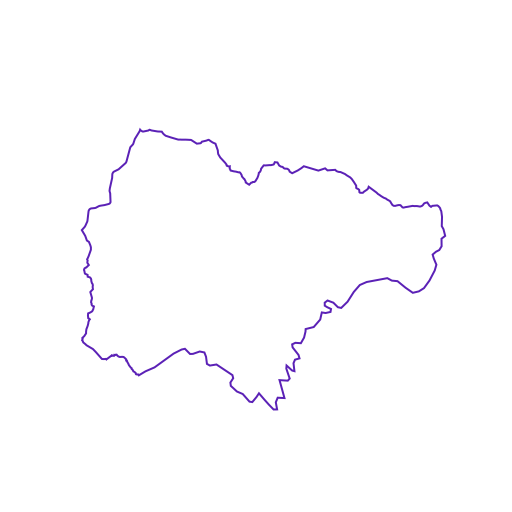 outline of Mataojo, Salto, Uruguay, rotated 254°
{"feature_id": "84410073B62667740173321", "entity_name": "Mataojo", "entity_type": "district", "adm_level": 2, "iso_a3": "URY", "parent_name": "Uruguay", "parent_adm1": "Salto", "projection": "albers", "projection_center": [-56.339, -31.222], "detail": "fine", "context": "isolated", "style": "outline", "palette": "violet", "viewbox_px": 512, "rotation_deg": 254, "n_neighbors": 0, "source": "geoboundaries", "source_scale": "gbopen_adm2", "svg_char_len": 5664}
<svg xmlns="http://www.w3.org/2000/svg" viewBox="0 0 512 512"><g transform="rotate(254 256 256)"><path d="M102.7,234.0L109.9,234.7L113.8,237.8L111.6,244.2L130.2,244.4L127.4,252.2L128.9,254.6L139.4,254.1L142.3,255.2L135.9,259.2L134.7,261.2L142.6,262.5L145.6,264.9L145.6,269.6L149.2,269.6L158.1,266.0L161.1,266.4L161.7,269.9L159.8,275.1L164.3,279.7L169.6,282.7L172.1,283.6L171.8,291.9L177.2,300.2L183.6,303.7L182.0,307.2L181.7,312.2L184.4,313.5L187.2,310.3L189.3,308.4L192.2,309.2L193.5,312.5L189.8,317.5L184.2,320.6L182.6,323.6L186.8,331.4L194.5,340.1L199.5,347.8L200.5,355.2L198.5,376.1L194.9,379.8L192.8,385.1L184.3,391.0L177.4,396.6L177.1,402.8L178.8,408.6L184.6,416.0L192.8,423.8L197.9,427.0L204.6,426.2L208.7,426.2L210.5,430.2L211.2,433.8L214.2,437.1L221.5,439.1L223.2,443.4L230.1,443.6L233.5,442.8L242.3,445.6L247.6,446.4L248.5,446.4L249.8,446.1L251.1,446.2L252.2,445.8L253.8,445.0L254.7,444.1L255.6,439.3L255.0,437.8L256.6,436.6L260.3,435.4L260.4,433.3L260.1,431.9L259.1,430.7L258.5,429.6L258.3,428.4L258.3,427.3L259.5,424.8L259.9,423.6L260.3,422.0L261.0,420.4L261.2,418.4L261.5,415.3L261.8,413.0L261.8,412.2L261.9,411.0L262.4,410.2L263.8,409.5L265.0,408.9L265.4,408.0L265.7,406.8L265.8,405.1L265.8,403.6L266.3,402.2L267.4,401.2L270.3,400.3L271.5,400.1L272.8,399.0L273.9,397.8L275.6,396.5L276.4,395.3L277.7,394.0L279.4,392.5L280.6,391.6L281.9,390.4L283.8,389.3L291.5,383.4L289.9,382.3L289.1,380.8L288.1,377.6L287.3,376.1L288.1,373.5L288.8,373.0L289.8,373.2L291.2,373.4L292.3,372.6L293.0,371.7L293.8,371.1L296.1,371.7L298.0,371.1L300.1,370.5L303.6,369.3L305.6,368.2L308.5,365.5L310.3,364.1L313.4,360.4L314.2,358.4L315.4,356.8L317.0,355.9L318.6,348.3L321.2,346.6L320.9,339.5L329.1,326.7L327.9,323.7L326.7,319.7L325.6,313.6L327.8,311.6L329.3,311.5L330.4,310.9L331.3,310.0L332.1,307.7L332.8,306.9L333.9,306.4L334.5,305.8L334.9,304.8L336.6,303.2L340.0,302.4L341.0,299.9L339.4,298.6L339.1,298.2L339.2,295.6L339.6,294.2L340.5,289.8L341.0,288.6L341.0,288.4L338.5,285.0L337.0,284.2L335.9,283.2L335.1,281.6L334.1,281.2L332.6,280.3L330.6,278.8L328.9,276.9L328.5,276.6L327.6,275.0L328.0,273.3L327.7,272.6L327.8,271.6L326.4,269.1L327.5,268.1L329.5,266.4L330.3,266.6L330.5,266.6L333.3,266.0L333.7,265.5L334.2,265.4L336.1,264.5L336.4,264.4L337.5,264.5L337.8,264.5L339.7,264.0L340.4,263.7L340.9,263.4L341.0,263.3L341.2,262.3L342.6,260.0L343.5,258.0L345.1,255.2L345.3,255.1L346.4,255.1L347.1,254.8L349.4,255.5L349.4,255.4L349.7,254.3L350.8,252.8L351.1,252.7L352.0,252.9L353.1,252.4L354.0,252.1L360.5,248.8L364.2,247.8L365.6,247.9L368.1,248.4L371.3,248.2L375.1,248.0L377.1,245.6L378.6,244.3L380.6,242.7L380.8,242.1L380.7,241.3L380.6,239.9L380.8,235.5L379.8,234.2L379.7,233.6L380.3,230.1L385.0,226.0L385.4,225.6L385.6,225.2L387.1,220.8L389.3,213.4L390.1,212.1L393.4,206.9L396.5,202.3L398.3,201.0L399.7,200.3L401.2,199.8L401.5,199.7L402.8,195.8L405.6,189.9L406.1,189.4L406.7,188.4L406.3,187.1L406.7,181.9L406.8,181.6L407.0,181.2L407.4,180.8L408.8,179.6L409.3,179.4L408.7,179.0L408.1,178.6L401.9,171.8L397.9,169.1L397.3,168.6L395.3,165.3L394.8,164.9L382.5,157.5L381.8,156.9L381.3,156.3L378.8,151.1L377.2,147.8L376.3,143.0L376.1,142.3L375.6,141.5L375.0,141.0L374.4,140.5L370.6,139.2L361.4,134.2L359.1,133.2L358.4,133.1L356.4,133.1L348.2,131.1L347.7,130.9L347.2,130.4L346.8,129.8L346.7,129.5L346.6,128.8L346.7,124.4L347.1,121.4L347.3,119.3L347.2,118.5L346.5,115.3L346.5,114.4L347.1,111.0L347.2,110.5L347.1,110.1L347.0,109.4L346.8,108.9L346.3,108.3L345.9,107.8L345.0,107.3L336.8,103.9L336.2,103.6L335.6,103.3L332.3,100.5L331.4,99.6L331.1,99.2L328.9,95.7L322.4,97.4L317.5,97.7L315.6,99.3L311.9,99.7L309.9,99.7L307.5,99.0L304.7,97.0L301.9,95.0L300.0,93.4L299.7,93.0L299.4,92.9L299.2,92.7L298.7,92.8L298.4,92.9L298.0,92.9L297.9,92.9L297.1,92.4L296.0,92.0L293.4,92.8L291.8,89.8L291.7,89.6L291.8,89.3L291.8,89.1L291.3,87.7L290.3,87.0L290.0,86.8L289.1,86.9L286.5,86.7L286.1,86.8L284.3,88.9L282.5,88.5L281.3,90.4L279.9,91.1L278.6,91.1L277.4,90.8L275.2,90.8L274.0,91.2L272.8,91.1L271.7,90.6L270.5,90.3L269.0,90.1L267.5,87.5L267.0,86.8L266.5,86.8L261.2,86.8L260.1,86.5L258.8,85.6L258.6,85.6L258.4,85.5L258.2,85.2L256.9,84.7L255.6,84.9L254.9,84.6L254.3,84.6L253.4,84.9L252.6,85.8L252.2,86.3L250.5,85.3L249.7,84.9L248.0,83.3L247.4,81.3L247.1,78.8L244.9,78.0L242.4,77.6L241.5,78.6L240.9,78.8L240.4,78.0L238.8,76.8L238.5,76.6L237.6,76.3L235.5,75.1L234.5,74.4L232.4,72.8L230.1,71.8L228.4,71.3L227.6,70.3L226.3,68.8L225.8,67.8L225.0,66.4L224.2,66.6L223.1,65.7L222.8,65.6L222.4,65.9L222.2,66.0L221.7,66.0L221.2,66.1L220.6,66.1L218.0,67.9L217.0,68.4L211.5,73.6L208.3,75.3L207.3,75.8L199.5,79.5L199.0,80.8L198.5,82.8L198.5,83.4L198.2,83.9L197.9,83.9L200.0,89.4L199.9,89.6L200.0,89.7L199.9,89.8L199.8,90.1L199.7,90.1L199.7,90.4L199.7,90.5L199.7,90.8L199.8,90.8L199.6,91.1L199.6,91.3L199.6,91.5L199.4,91.7L199.5,91.8L199.6,92.0L199.4,92.2L199.5,92.3L199.6,92.5L199.6,92.8L199.6,93.0L199.8,93.0L199.6,93.4L199.8,93.9L199.6,94.8L198.4,95.3L197.3,96.1L196.5,97.2L195.9,99.8L195.4,100.9L194.6,101.5L192.3,102.8L191.7,102.4L190.9,102.5L190.6,103.1L189.3,103.1L187.8,103.6L187.0,103.6L186.0,103.8L183.2,104.9L182.5,105.5L181.5,105.4L180.9,105.9L179.9,106.2L178.9,106.3L178.1,107.2L177.6,107.5L176.7,108.1L176.2,108.1L175.9,108.0L175.6,108.0L175.4,108.1L175.2,108.4L174.7,109.5L174.7,110.0L174.4,110.3L174.0,110.4L173.6,110.5L175.6,118.0L176.9,127.8L184.9,149.9L186.6,158.7L186.4,162.1L180.0,165.6L179.3,168.4L179.7,175.6L177.5,179.8L172.9,180.2L165.8,179.1L163.4,181.5L162.6,188.1L148.0,200.5L144.8,200.4L141.4,196.5L138.1,196.0L131.0,200.3L127.0,205.2L117.8,209.6L116.6,212.2L120.3,217.6L123.2,221.0L115.6,224.5L109.6,227.4L103.6,230.6L102.7,234.0Z" fill="none" stroke="#5b21b6" stroke-width="2"/></g></svg>